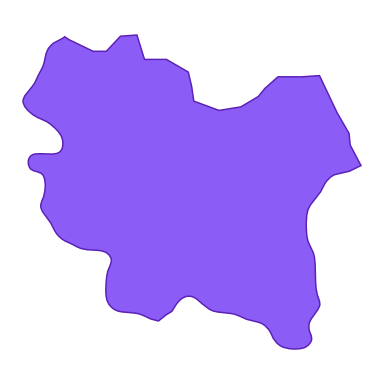 Sabana Iglesia, La Vega, Dominican Republic (Albers equal-area conic projection)
{"feature_id": "3306468B1703224271200", "entity_name": "Sabana Iglesia", "entity_type": "district", "adm_level": 2, "iso_a3": "DOM", "parent_name": "Dominican Republic", "parent_adm1": "La Vega", "projection": "albers", "projection_center": [-70.716, 19.324], "detail": "fine", "context": "isolated", "style": "filled", "palette": "violet", "viewbox_px": 384, "rotation_deg": 0, "n_neighbors": 0, "source": "geoboundaries", "source_scale": "gbopen_adm2", "svg_char_len": 2299}
<svg xmlns="http://www.w3.org/2000/svg" viewBox="0 0 384 384"><path d="M361.0,165.6L350.2,145.1L349.1,133.5L337.1,112.7L319.5,75.6L302.1,76.8L278.0,76.8L264.9,88.4L258.3,96.5L240.8,106.9L218.9,110.4L193.8,101.1L191.6,86.1L188.3,72.1L166.4,59.4L144.5,59.4L136.9,35.0L120.5,36.2L106.3,51.3L93.1,51.3L69.1,39.7L64.6,36.7L63.2,38.0L53.7,43.0L50.9,45.4L48.5,48.3L47.6,49.9L46.1,53.6L43.9,63.5L42.6,67.2L38.1,75.7L34.7,83.0L32.3,86.4L24.8,95.8L23.3,99.2L23.0,101.1L23.3,103.1L24.8,106.6L27.3,109.8L30.3,112.6L33.6,115.2L37.2,117.3L46.5,121.5L50.1,123.9L55.1,128.2L58.1,131.4L60.6,134.9L61.6,136.8L62.7,140.7L62.9,144.7L62.2,148.4L61.3,150.1L60.0,151.7L58.3,152.8L56.5,153.5L52.6,154.1L40.0,153.7L36.0,153.9L34.1,154.2L32.3,154.9L30.6,156.0L29.4,157.6L28.7,159.2L28.3,161.0L28.4,164.5L29.6,167.7L30.7,169.1L33.5,170.7L37.9,172.0L40.9,173.2L42.2,174.2L43.3,175.6L44.6,179.0L45.3,184.8L44.9,190.8L43.7,196.6L41.7,201.4L40.8,204.5L40.7,206.2L41.0,208.0L42.4,211.5L50.8,223.1L54.4,230.2L56.5,233.6L59.0,236.5L61.9,239.0L65.3,241.1L70.7,243.5L77.4,247.0L81.0,248.5L87.1,249.7L97.4,250.3L101.4,250.8L105.1,252.0L106.7,252.9L109.3,255.2L111.0,258.2L111.3,259.9L111.3,261.6L110.4,264.6L107.8,271.1L106.9,275.3L106.1,282.1L105.8,291.2L106.1,295.8L106.9,300.1L108.7,304.0L111.2,307.0L114.2,309.4L117.9,311.1L121.9,311.9L134.2,313.0L138.3,313.7L142.0,314.9L150.6,318.9L158.5,321.0L166.3,314.7L171.8,311.4L176.5,304.0L178.9,301.1L181.7,298.6L185.1,296.8L187.1,296.3L189.1,296.2L191.2,296.4L193.1,297.0L196.4,298.8L202.1,303.7L208.3,308.5L211.7,310.4L213.6,311.1L217.7,312.0L230.1,313.4L234.2,314.1L237.9,315.4L246.6,319.3L258.3,322.2L262.0,323.6L265.2,325.8L269.0,329.9L270.9,333.2L273.3,338.4L276.7,342.9L279.7,345.4L283.3,347.3L289.4,348.7L293.6,349.0L297.8,348.9L301.8,348.4L303.8,347.8L305.6,347.1L308.6,344.9L310.7,342.1L311.4,340.5L311.7,338.9L311.3,335.8L309.6,331.5L308.9,328.2L309.0,324.5L309.4,322.7L311.1,319.1L317.9,309.5L319.5,306.2L319.9,304.4L319.5,301.1L317.3,294.7L316.1,288.5L315.6,281.9L315.1,263.6L314.4,256.9L313.3,252.7L309.2,244.1L307.8,240.4L306.9,236.3L306.5,232.0L306.2,223.4L306.8,214.9L307.7,210.8L308.4,208.8L310.4,205.0L320.8,191.5L324.4,184.4L326.5,181.2L330.5,177.1L333.7,175.1L335.6,174.4L349.2,171.3L359.5,166.3L361.0,165.6Z" fill="#8b5cf6" stroke="#5b21b6" stroke-width="1.5"/></svg>